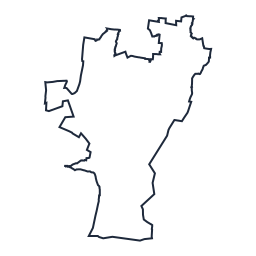 Zinacantepec, México, Mexico (Mercator projection)
{"feature_id": "50627088B3393868502774", "entity_name": "Zinacantepec", "entity_type": "district", "adm_level": 2, "iso_a3": "MEX", "parent_name": "Mexico", "parent_adm1": "México", "projection": "mercator", "projection_center": [-99.791, 19.204], "detail": "fine", "context": "isolated", "style": "outline", "palette": "slate", "viewbox_px": 256, "rotation_deg": 0, "n_neighbors": 0, "source": "geoboundaries", "source_scale": "gbopen_adm2", "svg_char_len": 5228}
<svg xmlns="http://www.w3.org/2000/svg" viewBox="0 0 256 256"><path d="M45.3,82.1L46.1,90.3L45.4,96.3L45.5,97.7L44.9,103.4L46.4,102.8L46.0,110.3L48.9,111.1L62.4,106.2L62.9,101.3L67.9,100.4L73.6,116.6L65.3,117.2L59.5,127.1L69.1,131.2L72.1,132.7L72.5,133.4L78.9,137.2L81.0,133.3L85.8,138.8L89.4,143.6L88.5,145.8L86.9,149.9L90.6,152.1L89.5,157.6L88.8,158.0L86.5,158.1L86.2,160.3L84.7,160.0L84.2,160.6L82.4,160.4L82.4,160.5L80.9,160.5L77.0,163.4L76.1,163.2L72.7,164.5L70.4,166.2L69.2,166.0L67.8,166.6L67.5,165.9L64.2,165.9L65.6,166.1L65.9,166.5L66.4,166.3L67.1,166.3L67.7,166.6L68.9,166.8L69.6,167.1L71.2,167.7L72.3,168.5L73.5,169.1L74.9,170.2L76.6,169.4L80.4,169.3L83.9,170.3L84.3,170.3L87.6,171.5L90.0,171.4L91.3,172.3L93.4,172.5L94.5,173.5L95.2,175.2L95.7,177.0L95.8,178.1L96.6,181.3L98.0,185.1L99.0,186.0L99.3,186.4L99.6,187.1L99.4,187.6L99.8,189.5L99.8,195.3L99.1,195.4L99.1,195.6L98.9,198.3L98.7,199.3L98.8,201.1L98.1,203.9L96.6,211.0L95.5,215.5L92.9,227.9L88.8,236.0L97.8,236.0L99.0,237.0L103.2,238.3L112.4,236.8L140.0,240.6L144.4,239.1L152.0,238.3L151.7,236.5L152.1,229.4L151.8,229.1L152.2,226.5L152.2,225.0L147.3,222.1L143.8,219.5L143.0,214.8L142.9,209.3L141.4,206.0L154.3,194.1L152.6,182.9L154.9,173.3L149.2,164.3L167.1,135.7L168.5,129.9L169.5,127.9L174.4,120.0L181.9,121.2L184.1,117.7L187.5,112.7L188.1,111.1L188.7,109.3L191.2,101.8L189.1,101.5L189.8,99.1L190.5,97.2L191.9,94.4L192.1,93.6L192.1,92.6L192.0,91.9L191.8,90.4L191.8,89.2L191.8,88.7L191.7,88.1L191.3,87.3L192.0,87.0L191.9,86.5L191.9,86.1L191.8,85.2L192.0,84.3L192.1,80.2L192.1,78.6L192.1,78.4L192.9,77.0L193.1,76.7L194.2,75.0L194.6,74.6L195.3,73.8L198.1,73.8L198.3,73.6L199.7,74.1L200.0,74.0L200.9,72.6L201.2,71.7L202.5,69.4L202.7,68.9L202.9,68.2L203.0,67.6L203.5,66.6L203.5,66.2L204.0,65.6L205.8,65.0L205.9,64.8L206.1,64.7L206.8,64.0L208.3,62.3L208.8,61.5L209.0,58.9L209.0,57.6L210.1,57.6L210.1,56.2L210.0,55.4L210.1,54.6L210.3,52.9L210.4,52.1L210.6,51.3L211.1,48.9L209.2,49.0L208.4,48.9L207.0,48.7L204.2,48.2L204.0,47.1L203.9,46.2L203.4,45.9L202.2,38.3L199.9,39.3L199.2,39.4L197.0,39.4L196.6,39.2L195.8,38.4L195.6,38.4L195.5,38.5L194.7,37.8L193.8,37.7L193.2,38.4L192.9,38.2L192.5,37.8L192.0,37.1L191.9,37.2L191.7,37.1L191.7,36.9L191.5,36.5L191.6,36.3L191.5,36.2L191.4,36.3L191.1,36.3L190.9,36.1L191.0,36.0L191.0,35.8L191.1,35.3L191.0,35.1L191.1,34.7L191.6,33.9L191.4,33.8L191.4,33.6L191.5,33.4L191.2,32.9L191.1,32.7L190.6,32.4L190.7,32.1L190.7,31.8L190.4,30.9L190.6,30.6L190.6,30.3L190.1,30.3L190.5,30.1L190.4,29.5L190.5,29.5L190.6,29.1L190.5,28.9L190.5,28.7L190.3,28.6L190.3,28.4L190.4,28.2L190.6,27.1L190.9,26.8L191.0,26.3L191.2,26.0L191.3,25.6L191.9,25.2L192.0,24.8L192.0,24.6L192.3,24.3L192.4,23.5L191.9,23.1L192.1,22.7L192.5,22.2L192.6,21.8L192.7,21.4L192.9,19.9L193.4,19.2L193.0,19.2L193.1,16.5L191.1,16.3L188.0,16.2L186.9,16.1L186.6,15.7L186.2,15.4L185.9,15.8L181.5,17.4L181.1,21.4L176.1,20.8L176.1,22.2L176.1,22.9L176.2,25.2L165.6,23.1L165.7,19.3L165.8,18.5L163.1,18.3L161.6,18.1L158.8,18.0L158.9,18.6L158.9,20.5L158.3,20.6L158.6,21.2L158.8,21.9L149.1,20.3L147.9,28.6L149.9,30.2L151.1,33.0L152.3,36.5L152.5,36.5L152.9,36.4L153.4,36.3L153.7,36.5L154.3,36.5L154.9,36.0L155.5,36.0L156.0,35.6L156.0,35.9L156.5,35.8L156.6,35.6L156.9,35.6L156.9,35.4L156.9,35.2L157.1,35.2L157.5,34.6L158.8,34.6L158.9,34.4L159.3,34.5L159.3,35.0L159.6,35.0L159.3,38.0L158.8,43.0L161.7,43.1L161.7,43.6L161.9,44.0L161.9,44.9L161.8,46.1L161.7,46.4L161.2,48.4L161.2,49.2L161.1,50.9L161.1,51.9L159.7,51.8L159.5,53.7L159.9,54.1L160.0,54.3L158.0,54.3L156.6,54.1L153.1,54.0L153.1,55.5L153.0,56.7L153.1,56.8L153.0,57.9L152.8,59.3L150.9,59.2L150.7,60.5L150.1,60.5L150.0,61.8L149.5,61.8L149.6,60.3L149.2,60.2L149.2,59.2L147.6,59.0L145.1,58.9L145.0,58.3L140.5,57.6L139.7,57.4L138.6,57.3L134.6,56.6L132.6,56.0L130.9,55.8L127.5,57.6L126.0,53.7L125.4,51.7L115.3,55.4L114.8,55.6L114.4,55.9L114.3,55.2L114.6,54.8L114.8,54.4L115.3,53.8L115.5,53.4L115.3,53.2L115.2,53.0L115.3,52.9L115.2,52.7L114.9,52.4L114.9,52.1L114.7,51.6L114.9,51.1L114.8,50.8L114.9,50.6L114.9,50.4L115.0,50.3L114.8,49.8L114.9,49.4L114.7,49.5L114.7,49.3L114.9,49.2L114.9,48.9L115.0,48.6L115.1,48.3L115.2,47.8L115.3,47.5L115.2,47.2L115.4,47.0L115.5,46.8L115.7,46.6L115.8,46.0L115.9,45.9L116.0,45.8L116.0,45.5L116.1,45.1L116.3,44.4L116.6,43.8L116.7,43.2L115.9,41.7L116.1,40.9L116.3,40.4L117.2,39.3L117.2,39.0L117.1,38.9L117.1,38.7L117.4,38.0L117.3,37.7L117.5,37.0L117.8,36.5L117.8,36.4L118.0,34.8L117.9,34.8L117.9,34.6L117.7,34.3L117.9,33.9L118.2,33.9L118.1,33.6L118.2,33.0L118.6,32.8L119.0,31.1L119.4,30.8L119.6,30.7L119.7,30.4L119.9,30.4L119.9,30.7L120.0,30.7L119.9,29.9L117.4,29.6L114.0,29.5L111.1,29.2L109.5,28.9L107.1,28.5L107.4,28.9L106.4,30.8L106.8,31.0L106.1,31.6L105.7,31.5L104.8,32.6L102.8,34.1L102.3,34.9L101.9,35.3L101.6,35.7L100.8,37.2L100.4,37.6L100.3,37.9L99.9,38.3L99.5,39.0L99.4,39.0L98.7,39.5L98.2,39.5L98.3,39.6L97.4,39.8L96.8,40.1L96.5,40.5L96.3,40.5L95.5,40.8L95.3,40.4L95.3,40.2L94.7,39.7L94.6,39.2L84.4,37.4L83.2,44.8L82.1,58.3L82.0,59.1L82.3,61.1L83.3,61.3L83.0,65.3L80.9,75.5L80.1,81.4L79.4,84.1L76.9,91.0L74.6,93.1L72.5,94.0L71.7,93.9L66.6,88.1L65.3,87.8L64.3,87.9L65.3,84.9L66.5,82.5L66.9,81.3L66.6,80.7L57.2,81.1L52.9,81.9L47.1,82.4L45.3,82.1Z" fill="none" stroke="#1e293b" stroke-width="2"/></svg>